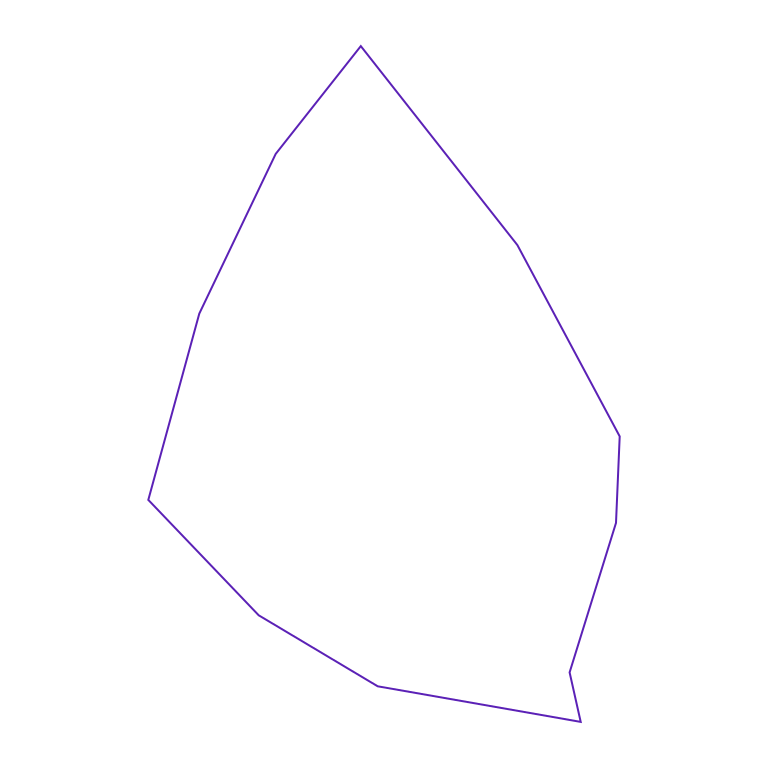 the Parish of Saint Georges
{"feature_id": "MSR-5088", "entity_name": "Saint Georges", "entity_type": "Parish", "adm_level": 1, "iso_a3": "MSR", "parent_name": "Montserrat", "parent_adm1": "", "projection": "orthographic", "projection_center": [-62.166, 16.749], "detail": "fine", "context": "isolated", "style": "outline", "palette": "violet", "viewbox_px": 768, "rotation_deg": 0, "n_neighbors": 0, "source": "natural_earth", "source_scale": "10m", "svg_char_len": 269}
<svg xmlns="http://www.w3.org/2000/svg" viewBox="0 0 768 768"><path d="M360.8,46.1L517.4,245.1L619.7,436.4L616.0,522.9L569.6,672.4L580.7,721.9L377.7,686.3L258.7,615.3L148.3,499.9L199.3,313.6L275.7,153.9L360.8,46.1Z" fill="none" stroke="#5b21b6" stroke-width="2"/></svg>